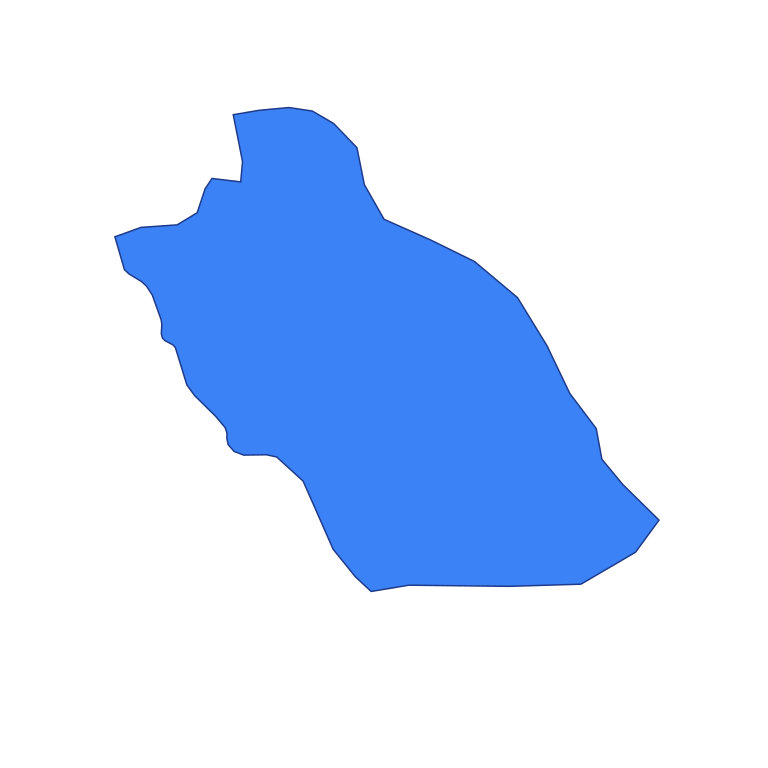 map outline of Lola (Equal Earth projection), rotated 130°
{"feature_id": "GIN-5650", "entity_name": "Lola", "entity_type": "Prefecture", "adm_level": 1, "iso_a3": "GIN", "parent_name": "Guinea", "parent_adm1": "", "projection": "equal_earth", "projection_center": [-8.285, 7.882], "detail": "fine", "context": "isolated", "style": "filled", "palette": "blue", "viewbox_px": 768, "rotation_deg": 130, "n_neighbors": 0, "source": "natural_earth", "source_scale": "10m", "svg_char_len": 853}
<svg xmlns="http://www.w3.org/2000/svg" viewBox="0 0 768 768"><g transform="rotate(130 384 384)"><path d="M551.2,260.5L550.1,282.0L543.3,316.7L510.4,383.5L508.9,419.3L513.8,428.6L528.6,445.7L532.0,455.4L530.7,464.3L526.9,469.2L522.6,472.7L519.5,477.7L517.0,492.0L514.6,521.7L511.4,534.5L490.2,567.2L489.7,570.9L491.6,579.7L491.2,583.3L488.5,587.0L481.0,592.6L478.0,596.1L464.8,618.7L461.7,628.8L461.4,635.6L463.6,650.0L463.3,656.3L444.2,684.8L420.2,670.8L395.1,644.8L372.9,637.2L349.5,646.5L337.1,647.9L321.3,623.7L304.6,635.3L274.6,672.6L254.6,655.6L233.3,634.5L221.0,614.4L216.8,590.0L220.4,556.6L243.9,527.2L257.8,489.8L243.9,441.6L232.0,393.4L232.0,337.3L249.9,283.8L271.8,235.6L281.7,192.8L301.6,168.7L307.5,136.6L311.5,85.8L351.2,83.2L410.8,104.5L458.5,158.0L522.1,235.6L551.2,260.5Z" fill="#3b82f6" stroke="#1e3a8a" stroke-width="1.5"/></g></svg>